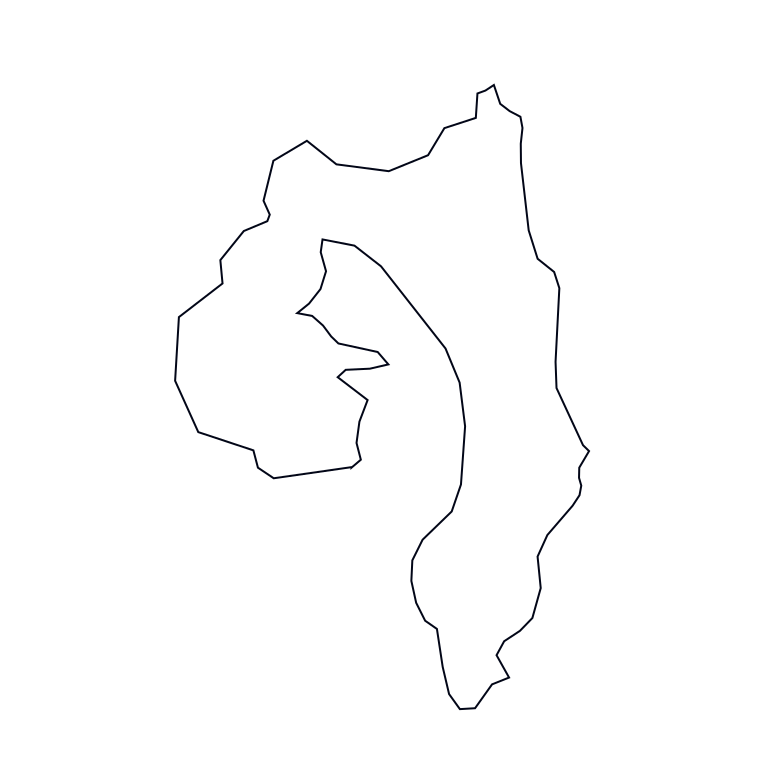 the District of Ards, rotated 8°
{"feature_id": "GBR-2137", "entity_name": "Ards", "entity_type": "District", "adm_level": 1, "iso_a3": "GBR", "parent_name": "United Kingdom", "parent_adm1": "", "projection": "mercator", "projection_center": [-5.598, 54.505], "detail": "fine", "context": "isolated", "style": "outline", "palette": "ink", "viewbox_px": 768, "rotation_deg": 8, "n_neighbors": 0, "source": "natural_earth", "source_scale": "10m", "svg_char_len": 1226}
<svg xmlns="http://www.w3.org/2000/svg" viewBox="0 0 768 768"><g transform="rotate(8 384 384)"><path d="M451.2,72.6L460.1,90.4L470.5,96.3L481.9,100.4L485.5,111.2L486.0,127.0L488.9,146.2L505.9,211.7L518.7,238.6L536.9,249.4L544.3,264.7L550.8,338.2L555.4,364.0L589.6,416.9L596.4,421.9L589.0,439.7L590.2,449.8L593.5,457.2L593.1,466.9L587.7,478.3L566.8,510.8L560.1,533.5L567.6,564.3L563.5,595.1L553.0,609.5L538.8,622.0L533.2,636.9L548.7,657.3L532.8,666.4L519.3,692.4L504.4,695.4L491.6,682.0L481.5,656.0L470.5,619.2L457.7,612.7L446.3,596.2L438.5,575.2L436.6,554.7L443.9,532.8L468.8,500.8L474.2,472.8L470.2,414.6L458.7,372.1L440.0,340.3L364.7,267.9L335.5,251.1L303.0,249.4L303.0,262.3L310.9,280.4L307.9,298.8L298.6,314.8L288.2,325.9L303.4,326.6L315.5,334.6L325.1,344.3L333.2,350.2L373.3,353.2L385.6,364.0L367.9,370.8L344.1,375.3L337.2,383.7L370.0,402.2L364.9,424.7L365.0,446.2L371.6,462.2L363.6,471.2L363.6,470.8L287.9,492.7L270.8,484.4L263.9,467.9L206.8,457.5L176.7,409.9L171.6,346.3L210.1,306.9L204.7,284.1L223.9,252.0L245.8,239.0L247.3,232.2L239.2,219.3L243.4,178.3L273.8,153.9L306.3,173.1L359.1,172.6L395.8,151.3L408.2,122.2L437.9,107.7L436.1,83.3L443.6,79.3L451.2,72.6Z" fill="none" stroke="#020617" stroke-width="2"/></g></svg>